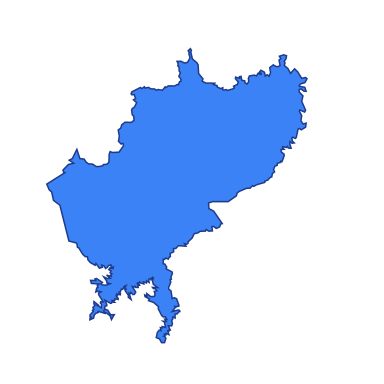 São Francisco de Paula, Rio Grande do Sul, Brazil (Mercator projection), rotated 76°
{"feature_id": "56859067B57132169155590", "entity_name": "São Francisco de Paula", "entity_type": "district", "adm_level": 2, "iso_a3": "BRA", "parent_name": "Brazil", "parent_adm1": "Rio Grande do Sul", "projection": "mercator", "projection_center": [-50.466, -29.166], "detail": "fine", "context": "isolated", "style": "filled", "palette": "blue", "viewbox_px": 384, "rotation_deg": 76, "n_neighbors": 0, "source": "geoboundaries", "source_scale": "gbopen_adm2", "svg_char_len": 5987}
<svg xmlns="http://www.w3.org/2000/svg" viewBox="0 0 384 384"><g transform="rotate(76 192 192)"><path d="M331.5,255.1L327.8,252.8L325.9,253.2L325.1,254.3L324.8,253.2L323.3,253.2L324.3,251.9L322.9,251.4L324.8,248.9L320.8,249.1L321.3,247.9L320.2,247.6L320.6,246.5L316.0,247.4L317.0,244.2L315.2,242.9L311.5,242.7L311.0,241.6L308.6,240.8L310.2,238.9L306.4,238.0L306.7,235.8L305.1,234.0L305.1,232.7L303.8,232.8L303.1,234.0L303.2,240.1L300.2,236.4L298.8,236.3L299.8,234.9L299.2,234.0L299.7,232.5L298.8,232.1L291.8,232.8L290.3,234.7L290.6,237.0L282.8,236.3L280.9,238.0L279.2,237.9L274.3,234.4L271.7,234.4L271.6,233.1L269.4,233.0L266.3,230.7L264.7,230.7L260.3,235.7L258.7,234.7L255.3,235.8L254.7,237.3L250.2,236.1L250.8,234.9L249.8,233.4L251.4,231.3L249.6,229.7L249.5,228.6L246.4,228.1L245.6,224.2L242.4,223.7L242.9,221.4L240.8,218.2L243.1,211.0L240.3,211.8L241.4,210.0L240.7,208.2L239.5,208.0L236.7,203.0L232.9,199.9L233.2,196.7L232.1,193.5L233.2,188.4L231.8,187.3L234.0,185.3L234.7,181.6L230.4,181.1L230.7,179.3L233.2,177.3L232.6,173.7L230.0,171.9L230.0,170.3L215.8,175.6L212.2,179.6L206.7,178.6L206.3,174.4L210.1,159.3L206.5,149.9L204.0,148.5L202.8,145.9L201.6,138.2L202.3,134.6L200.4,131.7L201.5,130.6L200.6,127.7L200.3,119.1L199.1,118.8L198.7,115.4L196.7,112.5L196.7,111.0L193.5,109.5L192.5,107.0L189.8,107.4L187.0,105.3L186.7,102.9L184.7,102.1L184.8,99.5L183.6,98.3L184.5,97.6L183.3,96.6L178.8,93.6L177.3,93.6L174.8,95.7L172.4,95.2L172.8,92.3L171.0,93.4L169.9,93.0L171.6,89.7L170.8,88.5L172.7,87.9L173.5,85.2L169.1,85.5L166.8,84.8L168.9,83.1L169.1,80.9L166.9,82.3L163.7,82.1L163.2,81.0L165.0,78.9L164.4,77.7L156.7,73.9L156.3,72.6L158.1,70.9L156.6,66.1L152.8,64.6L152.9,67.8L149.2,69.1L144.5,67.1L139.4,68.3L138.5,67.5L141.7,63.4L140.2,62.0L130.6,63.6L125.6,61.1L121.2,63.6L119.4,63.6L118.4,62.9L118.3,61.5L121.2,59.0L121.9,56.9L117.7,57.2L115.4,62.3L114.5,62.1L113.4,60.5L113.2,56.0L109.9,53.0L108.4,54.0L108.2,58.1L101.1,60.3L97.3,62.6L100.7,67.7L95.3,69.1L91.5,71.9L89.2,70.5L87.5,70.9L85.5,68.6L82.7,67.3L81.1,69.7L81.4,74.4L84.1,73.5L85.0,75.6L90.7,76.0L91.2,78.0L90.5,80.2L88.3,82.4L90.1,86.5L95.2,86.9L98.3,89.2L96.4,90.7L97.1,92.9L93.3,92.7L90.5,95.7L92.3,97.9L93.5,96.3L94.6,96.6L92.9,99.4L94.9,101.2L93.6,103.5L93.3,108.2L95.3,109.8L98.7,110.3L100.5,112.4L99.0,114.1L96.9,113.9L95.6,116.7L91.7,116.4L91.6,118.1L93.2,118.4L91.1,121.9L92.4,122.5L96.6,120.5L98.6,122.0L99.4,126.1L101.2,125.7L101.8,126.8L102.0,133.2L100.9,134.0L100.8,136.5L99.9,137.4L98.3,136.9L98.6,139.1L96.3,142.1L94.8,141.9L93.6,144.3L92.0,143.6L92.4,145.3L91.5,145.1L89.6,152.3L86.9,155.3L84.9,154.0L78.7,156.9L70.1,155.3L67.7,156.0L63.1,159.4L55.8,159.3L54.5,158.3L52.5,158.9L54.0,161.6L56.2,160.9L57.1,161.6L61.4,161.5L65.1,164.9L65.1,168.0L62.5,171.1L61.6,174.9L64.4,174.4L66.2,175.3L67.6,174.4L71.7,175.2L73.5,174.4L76.6,176.8L79.9,175.4L81.9,176.1L82.0,177.4L84.6,179.2L84.1,180.3L84.9,183.1L83.3,189.4L84.4,192.0L83.5,192.6L86.1,196.1L84.3,200.2L84.8,201.8L83.0,203.3L82.0,206.9L80.0,208.9L79.8,212.4L78.4,212.7L79.5,215.8L78.1,216.8L80.3,226.2L81.9,227.3L83.1,226.9L83.5,224.5L87.7,224.1L88.4,226.5L91.9,224.1L95.6,227.2L96.6,229.8L98.0,230.8L102.6,231.3L104.4,230.2L108.4,230.9L109.8,234.0L108.1,240.1L109.8,243.9L112.8,245.7L114.0,248.6L120.3,249.0L125.0,251.1L128.4,249.1L128.0,247.8L128.6,247.0L130.7,247.4L135.7,253.2L134.4,259.6L133.0,261.7L135.3,263.2L143.2,265.5L144.5,268.2L143.9,271.3L145.0,272.5L144.8,275.8L144.2,278.7L140.9,281.7L139.7,285.6L137.2,287.6L133.9,288.7L132.5,292.7L122.8,293.4L130.6,300.0L131.4,303.5L135.5,299.8L135.4,305.3L139.5,311.9L141.6,311.8L142.5,310.7L149.2,331.0L155.5,330.0L157.8,328.2L166.6,328.4L172.8,323.4L209.8,323.3L213.7,316.2L218.0,316.5L218.8,315.4L226.0,313.1L228.9,311.2L229.5,309.1L232.5,309.4L235.8,307.8L239.7,303.7L238.2,302.5L243.5,300.3L243.4,297.1L241.1,297.2L242.7,295.0L245.3,294.4L244.4,291.9L243.2,291.0L243.1,288.3L244.9,288.6L245.8,287.9L245.6,286.5L247.2,287.2L245.8,290.0L247.2,291.5L248.8,289.6L250.6,291.0L252.0,289.5L252.6,290.7L254.3,290.7L252.0,295.0L255.9,292.2L255.5,295.1L253.0,298.1L257.9,296.3L259.7,296.6L261.2,293.7L261.6,298.0L260.5,301.5L259.1,302.6L258.1,300.8L252.8,305.6L252.9,307.2L254.6,306.8L253.2,311.8L256.4,311.7L258.8,304.5L259.7,306.5L261.9,306.4L262.1,307.7L265.7,309.5L265.2,307.6L266.9,304.5L267.4,307.2L269.4,307.3L277.2,304.8L276.4,307.1L277.4,307.8L279.1,306.9L282.4,308.0L279.0,311.5L279.0,310.3L274.6,313.6L276.9,314.3L278.3,313.4L280.1,316.1L282.1,315.7L282.7,317.2L284.0,316.7L286.5,320.6L288.1,321.1L289.2,320.1L289.6,321.4L291.3,322.0L290.6,318.0L287.7,316.6L286.5,314.6L286.2,312.1L285.1,311.9L288.6,306.0L287.0,306.3L289.3,303.7L292.4,301.4L296.3,301.0L292.2,297.1L291.4,300.7L286.4,302.3L285.0,304.1L285.3,305.6L281.6,303.9L281.8,302.3L280.9,301.9L275.9,302.7L280.4,297.9L280.3,296.9L279.4,296.6L280.2,293.9L278.0,295.5L278.5,293.2L276.9,292.7L278.4,289.7L277.1,289.4L274.5,290.9L272.8,289.7L274.1,289.1L273.3,288.6L274.4,286.4L273.2,286.0L272.8,286.9L271.6,287.0L272.0,286.1L269.1,284.0L269.7,282.8L267.2,280.6L266.8,278.6L268.8,280.4L270.3,279.6L270.1,280.7L271.9,280.6L276.9,278.7L278.7,279.3L281.6,277.1L274.9,277.5L275.7,276.5L274.6,275.5L277.2,274.2L277.4,272.7L275.6,270.8L269.3,272.8L270.2,271.2L269.6,270.1L271.0,269.7L271.6,267.3L267.1,267.0L267.4,265.3L266.6,264.6L267.7,264.1L269.6,261.0L267.5,261.0L269.2,258.2L267.2,257.6L269.4,255.5L266.3,255.2L265.9,253.2L267.2,253.0L265.2,250.9L266.2,250.2L268.3,251.8L272.2,251.9L276.4,248.4L275.0,253.4L276.4,252.8L276.9,251.0L279.3,250.0L279.3,252.7L282.0,252.5L284.2,253.7L283.5,257.4L279.6,260.4L281.9,260.9L280.4,262.8L282.1,262.9L285.5,259.2L286.9,260.5L289.9,255.9L295.1,252.3L297.2,253.0L304.5,251.3L306.3,250.1L306.6,248.1L309.5,247.2L308.8,249.2L311.3,248.3L310.4,251.3L311.6,250.2L317.0,250.5L315.3,253.5L316.6,253.9L315.9,255.5L319.0,255.6L318.1,257.2L319.9,259.6L324.6,261.9L326.8,259.0L330.8,258.0L331.5,255.1ZM268.4,266.9L269.6,266.4L269.8,265.4L268.8,265.7L268.4,266.9Z" fill="#3b82f6" stroke="#1e3a8a" stroke-width="1.5"/></g></svg>